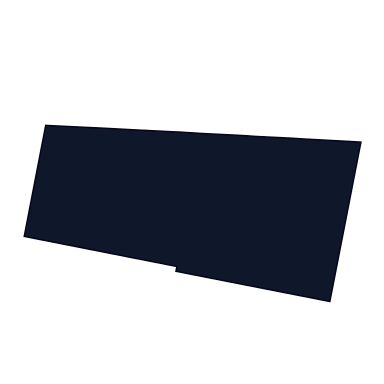 Adair, Oklahoma, United States of America, rotated 281°
{"feature_id": "52423323B59110128996331", "entity_name": "Adair", "entity_type": "district", "adm_level": 2, "iso_a3": "USA", "parent_name": "United States of America", "parent_adm1": "Oklahoma", "projection": "orthographic", "projection_center": [-94.555, 35.9], "detail": "fine", "context": "isolated", "style": "filled", "palette": "ink", "viewbox_px": 384, "rotation_deg": 281, "n_neighbors": 0, "source": "geoboundaries", "source_scale": "gbopen_adm2", "svg_char_len": 631}
<svg xmlns="http://www.w3.org/2000/svg" viewBox="0 0 384 384"><g transform="rotate(281 192 192)"><path d="M229.5,35.7L116.4,35.8L116.1,146.6L116.0,191.4L111.1,191.4L110.8,348.2L273.2,348.3L266.0,296.0L265.7,294.2L263.4,276.3L263.1,274.6L262.6,270.8L260.4,255.8L260.1,253.7L259.7,250.3L259.5,249.6L259.3,248.0L258.4,241.6L257.8,236.1L257.2,231.8L256.2,224.5L251.4,191.0L248.9,171.7L248.9,171.3L248.8,170.6L248.1,165.8L247.9,164.8L246.2,152.9L246.2,152.7L244.3,139.7L243.6,134.3L243.0,130.8L242.6,127.7L236.8,86.2L236.7,85.6L234.6,71.3L230.3,41.5L229.5,35.8L229.5,35.7Z" fill="#0f172a" stroke="#020617" stroke-width="1.5"/></g></svg>